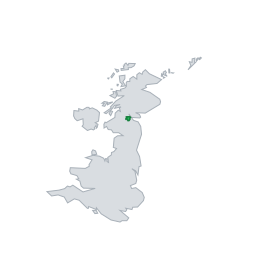 location of West Lothian within United Kingdom, rotated 35°
{"feature_id": "GBR-2025", "entity_name": "West Lothian", "entity_type": "Unitary District", "adm_level": 1, "iso_a3": "GBR", "parent_name": "United Kingdom", "parent_adm1": "", "projection": "orthographic", "projection_center": [-3.588, 55.888], "detail": "fine", "context": "in_parent", "style": "filled", "palette": "green", "viewbox_px": 256, "rotation_deg": 35, "n_neighbors": 0, "source": "natural_earth", "source_scale": "10m", "svg_char_len": 4147}
<svg xmlns="http://www.w3.org/2000/svg" viewBox="0 0 256 256"><g transform="rotate(35 128 128)"><path d="M135.8,196.3L126.0,202.8L122.9,202.4L119.1,199.1L115.1,199.5L116.8,197.8L113.4,196.3L107.5,198.3L105.0,196.8L103.5,193.6L116.2,185.6L118.2,181.6L117.1,180.4L116.8,174.7L110.3,176.6L115.0,170.5L120.6,167.5L125.5,166.7L128.0,168.3L127.2,165.9L128.3,165.3L130.0,167.5L131.8,167.4L128.3,163.7L129.8,159.6L128.5,157.6L130.0,155.4L130.4,151.4L127.1,152.3L122.5,144.3L123.9,140.4L128.4,137.1L123.0,137.2L118.6,140.3L115.5,139.0L112.7,140.6L109.5,139.0L108.4,141.8L106.1,138.7L105.8,136.3L107.0,136.3L111.2,126.9L109.0,123.2L109.8,119.0L112.3,118.8L109.6,116.7L110.1,114.7L105.7,119.6L105.7,116.4L108.1,113.3L104.0,117.2L103.9,121.8L101.9,128.8L99.7,129.2L102.7,121.2L101.5,120.9L102.6,112.9L106.4,103.6L101.5,107.6L96.8,104.0L100.9,101.7L99.6,100.7L102.5,97.1L102.8,94.7L100.6,92.0L100.6,90.3L102.8,88.9L101.3,86.6L102.7,82.8L107.2,82.9L104.7,79.3L105.6,76.2L108.8,75.9L108.0,73.6L108.8,70.3L114.4,71.3L127.7,69.1L126.2,74.9L118.6,81.6L118.2,83.6L119.9,84.2L117.2,88.6L125.5,86.2L137.5,86.2L139.6,87.8L140.5,90.3L133.6,105.9L125.4,111.1L129.7,110.4L132.1,111.8L131.9,113.0L124.9,117.3L120.5,116.0L128.1,118.6L132.8,117.2L137.5,119.4L142.7,125.4L147.7,141.3L153.8,144.7L160.5,151.6L159.2,153.4L163.1,160.8L158.8,158.7L154.5,159.1L158.6,159.5L165.1,165.8L166.2,169.0L163.0,173.8L165.7,175.5L168.6,172.4L176.6,172.7L181.1,175.5L182.3,178.6L181.2,187.2L177.3,190.2L178.0,192.5L172.2,195.0L173.9,195.6L173.9,197.8L168.7,200.1L180.2,201.2L180.2,204.6L176.3,207.3L175.4,209.6L166.8,213.1L155.3,213.7L147.9,211.5L148.8,212.9L140.8,214.9L141.6,216.6L140.8,217.1L129.4,215.2L124.7,216.8L121.5,224.0L115.4,221.1L109.1,222.9L104.4,227.5L98.1,226.6L107.2,218.4L110.9,214.0L111.7,210.3L114.3,209.5L115.6,206.5L127.8,206.2L135.8,196.3ZM96.2,153.3L89.4,152.9L89.5,151.0L85.8,146.3L82.2,151.2L79.1,150.8L76.5,149.3L73.7,144.7L78.0,142.4L76.5,140.4L80.4,139.3L82.5,134.6L84.2,133.5L85.4,134.4L87.2,132.0L92.2,131.2L95.8,131.7L99.9,139.3L98.1,142.5L101.3,142.2L102.4,145.2L102.2,146.3L100.3,144.2L100.3,147.3L101.4,147.6L100.8,149.4L98.4,150.0L96.2,153.3ZM97.3,73.7L95.9,76.8L93.6,78.5L94.8,79.9L89.4,84.7L88.2,83.4L90.5,81.5L88.6,79.9L89.4,79.1L88.4,78.2L89.1,75.9L92.0,76.7L91.6,74.6L97.0,71.1L97.3,73.7ZM97.2,89.5L97.2,93.0L101.8,94.8L98.5,98.1L98.1,95.2L95.2,95.0L91.0,90.4L95.2,86.5L97.2,89.5ZM142.7,32.4L144.7,35.9L145.7,35.4L143.8,45.9L143.7,40.8L140.2,38.5L142.8,37.5L140.9,34.6L142.7,32.4ZM100.2,111.1L94.6,111.8L96.6,108.2L94.8,106.7L97.0,105.4L100.4,108.4L100.2,111.1ZM114.6,165.4L117.5,167.5L113.9,170.6L111.9,168.3L111.8,166.0L114.6,165.4ZM96.3,118.6L96.5,123.6L94.2,124.5L94.4,121.3L92.4,122.7L93.3,119.9L96.3,118.6ZM127.7,60.6L127.5,62.3L130.4,63.2L126.6,63.9L124.8,62.1L125.8,59.7L127.7,60.6ZM106.7,127.8L104.3,127.1L104.0,123.7L105.9,123.3L106.7,127.8ZM152.1,215.2L150.0,217.1L146.3,215.8L149.1,213.7L152.1,215.2ZM97.9,120.8L96.9,119.3L100.6,115.3L99.8,117.3L97.9,120.8ZM86.9,85.8L87.9,86.9L87.0,88.5L83.7,87.1L86.9,85.8ZM85.9,96.2L84.6,95.9L84.5,91.2L86.0,91.5L85.9,96.2ZM145.7,34.1L144.5,32.5L145.1,30.3L146.0,30.9L145.7,34.1ZM130.7,58.9L129.9,59.4L127.6,56.4L128.3,56.0L130.7,58.9ZM126.6,66.2L125.5,66.4L124.4,64.1L125.6,64.1L126.6,66.2ZM147.9,28.5L147.5,30.9L146.6,30.7L146.6,28.6L147.9,28.5ZM133.5,57.3L131.3,58.1L133.7,56.8L133.5,57.3ZM95.5,99.4L94.8,99.6L94.0,98.4L95.1,97.8L95.5,99.4ZM129.2,65.6L128.4,66.9L127.8,65.7L129.2,65.6ZM92.7,105.6L91.3,106.1L93.2,104.9L92.7,105.6ZM84.0,98.9L83.2,99.1L82.8,98.7L83.7,97.9L84.0,98.9Z" fill="#d9dde1" stroke="#a8b0b8" stroke-width="1"/><path d="M123.4,117.7L124.0,117.8L124.0,118.4L124.0,118.8L124.0,119.3L124.1,119.6L124.4,119.7L124.6,119.8L124.6,120.8L124.6,121.2L124.3,121.3L124.2,121.5L124.1,121.8L123.9,122.0L123.2,121.7L122.8,121.7L122.5,121.4L122.3,121.4L121.5,121.6L121.3,121.7L121.2,121.9L121.0,121.7L121.2,121.4L121.2,121.2L120.9,120.4L121.1,120.3L121.3,120.2L121.1,119.9L120.4,120.1L120.2,119.8L120.3,119.7L120.6,119.6L121.2,119.0L121.7,118.8L121.8,118.6L122.1,118.4L122.5,117.9L122.8,118.0L123.1,118.0L123.3,117.8L123.4,117.7Z" fill="#22c55e" stroke="#15803d" stroke-width="1.5"/></g></svg>